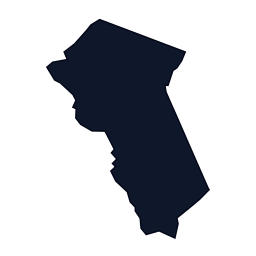 Fauquier, Virginia, United States of America, rotated 5°
{"feature_id": "52423323B4904973156083", "entity_name": "Fauquier", "entity_type": "district", "adm_level": 2, "iso_a3": "USA", "parent_name": "United States of America", "parent_adm1": "Virginia", "projection": "robinson", "projection_center": [-77.825, 38.712], "detail": "fine", "context": "isolated", "style": "filled", "palette": "ink", "viewbox_px": 256, "rotation_deg": 5, "n_neighbors": 0, "source": "geoboundaries", "source_scale": "gbopen_adm2", "svg_char_len": 792}
<svg xmlns="http://www.w3.org/2000/svg" viewBox="0 0 256 256"><g transform="rotate(5 128 128)"><path d="M97.9,133.6L105.4,133.1L116.3,150.4L113.7,154.2L119.6,159.9L115.6,164.7L118.9,167.7L114.7,172.4L120.5,181.9L132.9,191.6L136.7,201.4L142.2,206.3L142.5,210.0L148.0,216.8L149.8,226.8L155.4,232.5L167.9,227.7L184.3,233.5L186.2,219.0L184.6,213.7L185.1,212.8L197.6,200.7L205.6,192.7L214.1,182.4L212.9,180.7L200.2,157.5L187.1,133.5L174.3,110.0L171.4,104.8L171.3,104.7L162.7,88.9L161.0,82.1L164.1,82.1L167.7,66.8L171.4,63.8L175.5,56.4L178.4,47.3L90.3,22.5L82.2,28.5L78.2,34.5L67.5,48.9L57.8,57.8L61.6,65.1L47.2,69.1L41.9,74.5L50.8,86.6L56.8,89.0L70.3,99.5L73.8,105.0L71.3,112.1L74.7,113.3L75.2,122.7L80.6,128.5L92.4,134.0L97.9,133.6Z" fill="#0f172a" stroke="#020617" stroke-width="1.5"/></g></svg>